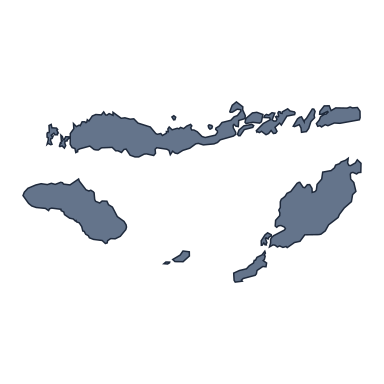 Nusa Tenggara Timur, Natural Earth projection
{"feature_id": "IDN-1235", "entity_name": "Nusa Tenggara Timur", "entity_type": "Province", "adm_level": 1, "iso_a3": "IDN", "parent_name": "Indonesia", "parent_adm1": "", "projection": "natural_earth1", "projection_center": [122.339, -9.496], "detail": "fine", "context": "isolated", "style": "filled", "palette": "slate", "viewbox_px": 384, "rotation_deg": 0, "n_neighbors": 0, "source": "natural_earth", "source_scale": "10m", "svg_char_len": 6025}
<svg xmlns="http://www.w3.org/2000/svg" viewBox="0 0 384 384"><path d="M245.3,115.7L244.9,118.6L238.7,120.5L238.3,126.6L235.9,126.2L234.0,124.4L233.2,125.2L233.2,127.7L235.7,132.4L235.7,134.4L233.4,136.1L220.3,139.8L217.5,142.5L214.0,143.9L203.3,144.9L198.4,143.4L195.8,143.8L189.8,148.2L182.8,150.4L177.6,153.6L175.1,153.1L172.7,151.2L170.3,154.7L169.0,150.4L166.8,149.2L156.7,147.7L155.1,149.3L155.5,153.3L153.7,155.5L146.6,153.9L144.2,154.1L138.8,156.9L134.9,156.9L130.1,155.2L126.1,149.1L123.9,149.5L121.5,152.5L118.0,150.8L115.7,150.8L112.2,147.4L101.5,147.8L98.4,150.0L96.0,149.9L94.1,149.5L89.8,146.1L79.5,148.9L77.3,150.4L77.7,151.7L75.8,152.6L74.9,148.5L72.1,147.6L70.2,144.3L70.3,133.5L73.8,128.7L73.5,123.6L76.4,126.6L79.2,125.1L80.2,125.7L82.1,121.8L84.9,121.8L85.9,122.7L86.7,122.3L87.3,119.7L88.9,121.0L92.3,116.0L95.8,114.5L101.3,114.9L103.7,111.9L105.6,114.9L107.0,115.1L109.1,113.6L113.0,115.3L113.0,112.3L121.2,118.3L124.9,117.8L130.2,119.2L133.8,118.8L138.0,123.1L150.3,127.0L155.8,133.6L157.4,134.3L160.8,133.5L162.4,135.5L166.4,133.2L166.4,131.5L168.2,131.7L167.9,128.9L169.2,127.0L172.1,129.8L177.2,128.3L179.0,128.8L180.5,127.4L183.7,128.6L186.7,126.1L190.6,124.4L191.8,125.9L190.7,127.8L191.7,130.0L193.9,130.0L197.2,131.7L202.0,136.5L205.2,137.5L215.5,135.1L217.5,132.4L217.4,130.9L215.7,129.5L215.9,128.1L219.2,126.1L222.0,122.5L230.8,120.3L234.1,116.8L237.4,115.6L240.9,111.1L240.7,109.7L237.2,109.2L232.5,112.1L230.2,112.3L229.8,111.6L232.2,105.3L236.4,101.9L242.8,106.8L242.7,109.9L245.3,115.7ZM312.2,192.4L315.0,191.6L316.3,190.2L317.1,184.4L321.7,179.1L322.7,172.1L331.1,170.6L334.5,167.8L335.6,165.1L339.4,163.7L341.1,161.9L345.5,160.3L348.2,158.3L347.6,163.0L348.9,165.4L350.7,165.6L355.4,162.9L357.3,159.8L361.0,163.3L360.8,172.4L358.4,172.6L356.6,174.0L353.0,172.4L351.2,172.8L350.3,174.1L350.7,179.2L353.8,182.5L355.9,191.4L352.6,194.6L351.4,201.7L344.2,208.0L339.4,214.4L338.1,217.5L328.6,224.8L325.3,230.9L320.9,234.2L318.8,234.6L304.8,234.8L300.0,241.3L294.5,242.5L287.2,247.6L286.1,246.5L282.9,247.4L279.6,245.9L277.4,247.0L275.0,245.2L273.0,244.9L269.5,246.9L270.6,243.0L270.6,239.4L271.8,237.3L273.6,235.7L284.5,230.0L285.4,228.6L284.4,227.1L281.0,225.5L278.5,225.8L276.7,227.3L275.2,226.0L275.6,220.3L279.7,215.7L279.9,213.0L278.8,210.1L280.3,207.5L280.3,201.8L281.3,199.3L285.0,196.5L287.0,193.3L290.8,191.5L297.1,183.3L298.8,182.4L299.8,182.3L303.1,187.3L304.8,187.7L307.3,184.7L309.7,184.6L312.0,188.4L312.2,192.4ZM124.0,221.4L126.1,224.8L126.5,227.1L125.8,229.6L120.3,236.3L115.2,238.8L110.7,238.6L107.6,240.7L107.2,242.9L105.4,243.5L102.2,240.5L93.5,239.4L89.4,237.8L88.3,235.7L85.7,234.2L84.2,231.4L82.8,231.0L81.7,226.6L79.2,222.8L76.6,221.9L76.0,220.5L75.3,221.0L73.3,219.0L69.7,218.2L64.5,214.6L63.8,212.0L61.1,210.6L61.0,209.3L51.6,208.1L49.5,208.8L48.6,210.6L45.4,208.4L36.2,207.5L31.8,206.0L28.6,203.4L23.0,195.6L24.3,192.2L27.9,188.3L35.7,185.0L41.1,183.7L47.4,184.6L51.3,183.3L55.2,184.4L60.7,182.3L62.5,182.7L63.5,184.1L70.0,184.9L78.6,179.0L79.3,181.1L86.0,189.8L88.9,191.0L90.8,190.2L93.3,191.8L94.1,192.8L94.7,199.5L95.6,201.3L99.7,203.0L102.1,201.0L106.9,201.2L108.5,204.7L112.4,207.1L117.3,216.6L124.0,221.4ZM360.0,111.2L360.1,117.8L359.4,119.8L339.9,123.3L334.3,123.0L327.9,125.7L325.2,124.7L321.5,127.0L319.9,125.7L317.7,126.3L316.4,123.6L319.3,120.1L320.6,116.8L324.0,114.5L326.3,114.0L328.1,112.1L327.5,111.4L321.2,114.4L319.6,114.3L319.9,111.4L324.2,105.9L329.2,105.8L331.1,110.6L335.7,107.9L347.2,108.1L350.1,107.0L352.5,107.9L357.4,107.5L360.0,111.2ZM294.4,111.9L295.1,112.9L294.6,114.6L286.9,116.1L281.3,125.1L279.6,123.1L275.0,127.3L277.0,131.3L275.6,133.2L273.4,133.5L271.1,130.5L268.6,133.5L266.0,134.7L261.5,131.3L259.3,132.6L257.8,131.7L256.9,132.2L256.3,130.7L263.3,123.5L270.3,119.7L269.6,117.8L264.0,117.5L264.6,115.7L266.4,114.4L268.7,115.1L272.0,112.7L274.8,113.2L272.1,119.8L273.7,121.0L275.9,121.1L277.0,119.2L275.6,116.8L276.6,116.2L278.1,116.9L278.7,116.1L277.9,113.0L278.8,111.6L280.1,111.8L280.4,113.2L282.1,113.4L282.2,111.9L287.7,108.8L290.1,111.0L294.4,111.9ZM263.2,260.6L266.6,263.0L266.0,266.8L262.8,266.5L257.0,270.5L256.4,273.8L255.2,275.3L243.2,278.5L241.5,280.0L242.3,281.2L235.2,282.1L234.1,280.3L233.7,273.1L239.4,270.5L246.5,268.8L249.2,265.8L253.5,263.0L254.2,260.4L255.5,260.2L257.0,257.3L262.0,254.9L264.8,251.2L265.4,253.2L264.2,255.2L265.2,256.1L264.4,259.4L263.2,260.6ZM315.1,111.4L314.1,115.2L314.6,117.7L310.9,121.6L308.7,128.4L306.4,131.6L301.5,132.3L301.0,128.0L299.3,124.7L294.5,126.6L293.2,126.2L297.5,118.9L299.6,117.3L301.5,116.8L304.2,121.8L304.3,120.5L306.5,118.3L312.3,109.0L313.8,109.1L315.1,111.4ZM262.9,114.5L261.4,121.8L259.6,123.1L252.8,122.3L246.1,123.5L245.0,122.3L245.9,118.5L252.4,112.9L256.8,112.3L262.9,114.5ZM183.0,251.0L189.3,251.8L189.4,256.0L183.1,261.7L175.0,261.6L172.7,259.5L180.1,255.1L183.0,251.0ZM56.8,130.2L58.3,133.0L57.5,133.2L57.4,134.8L55.0,134.8L53.9,133.2L51.2,135.2L52.0,136.4L53.1,136.1L52.1,138.4L50.8,138.8L50.5,140.4L52.0,144.3L50.7,144.7L48.1,143.4L47.1,144.3L48.3,139.7L48.1,137.6L47.1,137.2L47.0,133.8L47.5,132.6L49.0,132.6L49.3,131.3L49.0,125.5L51.2,124.4L51.9,127.8L56.5,128.1L57.6,129.5L56.8,130.2ZM251.9,124.4L253.7,125.6L252.8,127.4L244.3,129.6L240.1,135.7L238.6,135.7L237.5,134.3L239.0,130.0L243.9,125.8L251.9,124.4ZM267.6,232.8L271.2,234.7L271.3,235.7L268.8,237.4L268.1,239.0L266.1,237.8L265.4,238.3L266.9,242.8L266.1,243.5L266.3,244.9L265.0,244.8L263.8,242.9L262.2,245.2L261.3,245.3L261.2,240.8L265.0,234.9L267.6,232.8ZM65.7,136.7L69.4,136.9L69.3,138.0L67.0,140.0L67.2,140.8L65.0,141.3L64.8,143.2L65.7,145.6L64.4,148.1L62.1,145.9L59.9,146.6L59.4,146.1L60.2,143.6L60.9,143.4L60.5,142.6L62.3,140.8L61.3,140.4L60.9,135.2L62.3,136.5L63.1,139.1L64.2,139.6L65.7,136.7ZM209.1,124.8L211.8,125.5L212.4,126.6L211.8,128.3L210.0,129.2L208.7,127.8L208.2,125.8L209.1,124.8ZM173.8,115.7L175.7,117.2L174.9,119.7L173.7,119.9L171.9,117.0L173.8,115.7ZM165.9,262.0L169.7,262.1L169.5,262.8L167.6,264.0L163.9,263.7L165.9,262.0Z" fill="#64748b" stroke="#1e293b" stroke-width="1.5"/></svg>